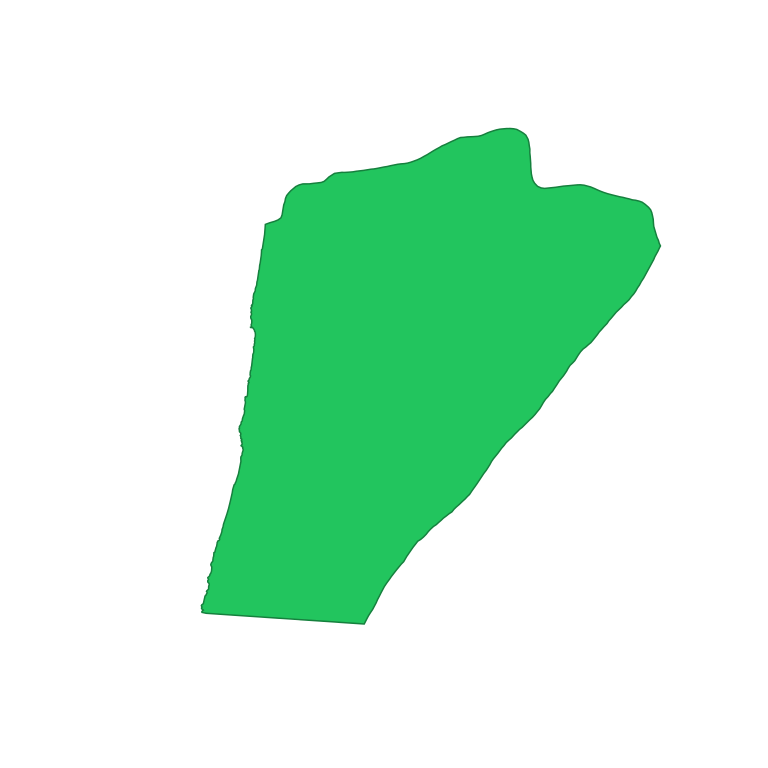 outline of Hawf, Al Mahrah, Yemen, rotated 118°
{"feature_id": "15242507B7565801089372", "entity_name": "Hawf", "entity_type": "district", "adm_level": 2, "iso_a3": "YEM", "parent_name": "Yemen", "parent_adm1": "Al Mahrah", "projection": "orthographic", "projection_center": [52.824, 16.701], "detail": "fine", "context": "isolated", "style": "filled", "palette": "green", "viewbox_px": 768, "rotation_deg": 118, "n_neighbors": 0, "source": "geoboundaries", "source_scale": "gbopen_adm2", "svg_char_len": 6153}
<svg xmlns="http://www.w3.org/2000/svg" viewBox="0 0 768 768"><g transform="rotate(118 384 384)"><path d="M605.2,288.8L599.1,288.9L596.0,288.9L592.1,288.6L588.4,288.2L580.8,288.2L577.4,288.5L573.7,288.5L569.6,288.6L562.6,288.6L557.8,288.1L553.9,287.5L550.4,287.1L542.3,285.7L534.9,284.2L531.6,283.2L525.6,283.0L519.6,282.3L514.5,281.7L510.1,280.9L507.0,280.4L503.9,278.6L500.6,277.3L496.9,276.2L493.5,275.6L490.5,274.8L486.5,273.4L483.6,271.8L480.7,270.8L477.6,269.6L474.5,268.6L471.6,267.2L468.3,265.8L465.0,264.0L461.7,263.4L458.6,262.4L455.0,261.0L450.7,259.6L447.4,258.4L444.3,257.6L441.2,256.6L437.0,256.2L428.6,255.1L416.3,253.9L412.0,253.2L405.6,252.7L401.9,252.7L398.6,252.3L391.6,250.9L385.4,250.0L382.1,249.2L378.4,248.6L374.9,247.4L371.8,246.2L367.0,245.0L363.5,243.9L360.4,243.0L357.5,241.7L347.1,238.5L343.8,237.3L339.9,236.3L336.6,235.7L332.7,234.9L328.7,234.7L325.4,234.6L321.7,234.2L318.0,233.2L314.3,232.6L311.4,231.8L307.7,231.5L304.0,231.1L298.8,230.7L292.4,229.4L287.0,228.8L283.9,228.8L280.2,228.5L276.7,227.3L273.8,226.5L267.4,226.1L263.3,225.6L259.5,224.6L256.6,223.2L253.3,222.0L250.4,220.8L246.7,220.0L240.3,218.8L237.0,218.4L234.1,217.6L230.2,216.7L226.0,215.5L222.3,215.1L219.2,214.3L211.6,212.7L204.7,210.4L201.4,209.6L197.7,208.2L194.6,207.2L190.7,206.6L187.4,205.8L184.2,205.4L180.1,205.3L176.8,204.9L172.7,204.9L168.8,204.5L147.5,204.3L144.4,204.6L138.0,204.5L134.3,204.7L132.3,204.7L130.6,207.0L128.4,209.1L126.3,211.9L118.2,219.8L115.3,221.7L112.2,223.6L109.5,225.8L106.9,228.1L105.0,230.4L103.8,233.3L102.8,237.6L102.3,241.3L102.7,244.4L103.6,248.0L104.8,251.1L105.5,254.6L106.3,257.5L107.0,260.5L108.0,263.6L110.0,271.6L111.0,275.9L111.7,279.9L112.1,283.0L112.4,286.3L112.6,290.0L113.0,294.1L114.5,300.6L116.0,304.3L117.7,307.2L122.5,314.5L125.0,318.4L129.8,324.9L135.9,334.0L137.1,337.3L137.4,341.2L136.0,345.3L134.2,348.2L131.5,350.7L129.2,352.6L123.5,356.3L120.4,358.0L114.5,361.7L111.4,363.8L108.1,365.5L105.4,367.6L102.6,369.6L100.3,371.7L97.7,375.6L97.1,378.7L96.9,382.0L96.9,386.3L97.8,389.4L99.1,392.4L100.9,395.7L104.5,401.2L106.8,404.0L109.3,406.5L111.6,408.7L113.9,410.7L116.4,412.6L118.8,414.6L121.1,417.2L123.6,421.2L126.8,426.6L128.7,429.3L130.4,432.1L132.9,434.3L135.6,436.2L138.4,438.4L143.9,442.4L146.4,444.5L149.1,446.1L152.4,448.3L155.3,450.1L161.5,453.7L164.0,455.4L167.5,457.6L170.4,459.8L173.1,462.2L175.6,464.5L177.9,466.9L179.8,469.4L181.7,472.4L183.6,475.1L188.1,480.6L190.4,483.2L192.5,486.0L196.7,491.1L198.8,493.8L200.5,496.4L205.0,502.3L209.2,508.4L211.3,511.1L213.6,514.7L215.5,517.8L217.0,520.7L219.3,523.9L221.3,526.6L227.0,529.8L230.1,530.8L233.2,532.0L235.5,534.0L237.8,537.3L239.8,540.3L242.3,543.8L245.5,549.7L248.2,552.5L251.1,554.6L257.1,557.0L260.2,557.8L263.3,558.4L266.4,558.1L269.5,557.1L273.0,556.6L279.2,554.5L282.4,553.4L285.7,553.0L288.9,554.6L291.8,557.0L295.2,560.5L298.8,563.7L301.9,562.3L308.1,559.6L321.6,554.9L322.3,554.9L323.1,555.1L324.6,554.3L328.2,552.7L335.4,550.1L337.6,549.5L341.6,547.8L342.4,547.8L351.9,544.4L353.5,544.1L356.6,542.8L360.0,542.4L362.4,541.4L363.0,541.3L363.4,541.4L365.7,541.3L368.8,540.2L370.1,539.3L371.4,539.2L374.6,537.7L375.0,537.6L375.5,537.7L376.5,537.4L376.5,537.8L377.1,537.8L377.3,537.3L377.8,537.0L378.5,537.2L379.4,537.2L380.0,536.8L380.1,536.3L382.2,535.0L382.6,534.9L382.9,535.2L383.3,535.0L383.5,534.6L384.0,534.0L385.1,533.5L386.9,533.4L388.3,532.6L388.9,531.6L389.3,531.4L389.6,530.8L391.8,529.6L393.0,529.2L394.1,529.1L394.6,528.7L395.2,528.1L395.5,527.9L396.5,528.5L396.7,528.1L396.0,526.8L395.9,526.4L396.7,524.7L397.1,523.9L398.0,523.2L398.7,522.1L400.6,520.8L402.7,519.8L403.3,519.8L404.0,519.5L404.6,519.6L405.3,518.9L406.3,518.5L406.9,518.5L407.5,517.9L408.8,517.3L409.7,517.3L410.6,516.6L412.1,516.5L412.5,516.7L413.1,516.4L414.6,515.1L415.2,515.0L415.5,514.7L417.6,513.8L419.3,513.7L421.3,512.9L422.1,512.4L423.2,512.1L430.0,509.4L432.0,508.9L432.7,508.5L434.0,508.0L434.8,508.1L436.7,507.5L437.7,507.0L438.9,506.5L439.4,505.7L439.8,505.6L440.4,505.3L441.3,505.3L441.8,505.5L443.0,505.4L443.4,505.1L443.7,505.1L444.1,505.1L444.4,505.3L445.2,505.4L445.7,505.0L445.8,504.7L445.7,504.6L445.7,504.3L445.8,504.1L446.1,503.9L446.3,503.9L446.6,504.0L447.5,504.0L447.7,503.7L448.4,503.6L449.0,503.4L449.4,503.4L451.6,502.3L453.7,501.2L457.5,499.5L458.6,499.2L459.4,499.1L459.7,499.2L459.9,499.4L459.9,499.7L460.0,500.0L460.3,500.3L460.6,500.2L461.0,500.4L461.7,500.0L461.8,499.8L462.1,499.7L463.7,499.1L464.3,498.4L465.7,497.5L471.9,495.6L473.0,494.5L476.1,493.3L477.8,493.2L481.0,492.7L483.2,491.9L483.9,492.0L484.5,492.2L484.9,492.1L486.3,491.5L487.6,491.5L489.3,491.7L490.1,491.4L490.9,490.8L491.5,491.0L492.1,490.5L492.6,490.2L492.7,489.9L493.7,489.4L494.0,489.2L494.4,488.0L494.7,487.4L495.7,486.8L497.0,486.7L497.2,486.2L498.3,485.3L499.1,485.0L499.3,484.8L499.3,484.2L499.3,483.9L499.7,483.6L500.1,483.7L500.6,483.6L500.9,483.5L501.1,482.9L501.4,482.5L501.6,482.4L501.9,482.6L502.4,481.9L503.6,481.0L504.1,480.9L504.8,481.2L505.6,481.2L505.7,479.9L506.0,479.7L506.1,479.0L507.0,478.6L508.1,477.5L509.0,477.2L509.8,477.1L511.8,476.7L513.0,476.1L513.9,476.0L515.6,476.1L516.8,475.6L519.5,474.0L531.7,470.3L537.6,469.3L539.6,468.8L540.7,468.9L542.1,468.6L543.4,469.0L548.3,468.0L551.4,466.9L560.2,464.5L566.9,462.8L572.8,461.6L583.1,459.9L585.9,459.0L588.4,458.7L590.6,457.8L594.1,457.2L597.6,457.0L597.9,456.4L598.6,456.1L599.4,456.1L600.3,456.9L602.2,456.9L603.1,456.5L605.9,455.6L607.4,455.5L610.5,454.8L611.6,454.4L612.7,455.0L616.1,453.5L617.2,453.4L619.4,452.6L620.6,452.0L623.3,452.4L624.8,452.1L625.7,451.3L626.0,450.5L627.1,449.8L630.3,448.4L632.5,448.1L633.7,448.3L634.7,448.0L635.8,448.0L637.6,448.7L638.2,448.3L638.4,447.8L638.8,447.2L639.5,447.2L640.3,447.3L641.5,446.7L641.9,445.9L642.1,445.1L642.6,444.5L643.6,444.0L644.8,443.9L647.5,442.6L650.0,443.4L650.6,443.3L651.0,442.4L651.4,442.1L652.0,442.1L652.9,442.2L653.6,441.9L654.4,442.4L655.5,442.4L662.8,440.4L664.5,441.2L665.5,441.2L666.0,440.6L666.3,440.0L666.7,439.9L667.2,440.0L668.0,439.6L668.4,438.2L668.3,437.7L668.5,437.3L669.0,437.6L670.3,438.0L671.1,437.5L669.9,433.3L605.2,288.8Z" fill="#22c55e" stroke="#15803d" stroke-width="1.5"/></g></svg>